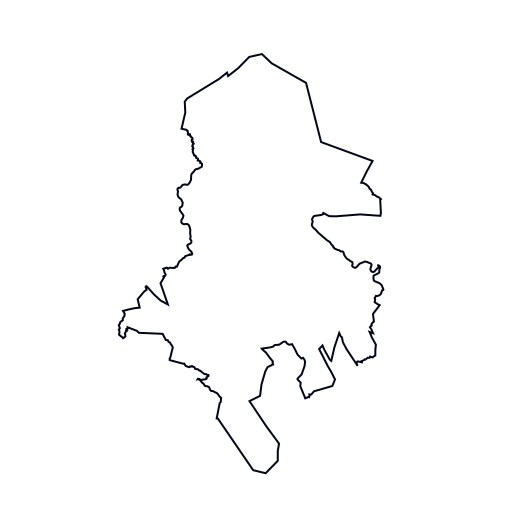 Copalillo, Guerrero, Mexico, rotated 131°
{"feature_id": "50627088B95140334910762", "entity_name": "Copalillo", "entity_type": "district", "adm_level": 2, "iso_a3": "MEX", "parent_name": "Mexico", "parent_adm1": "Guerrero", "projection": "natural_earth1", "projection_center": [-99.014, 17.982], "detail": "fine", "context": "isolated", "style": "outline", "palette": "ink", "viewbox_px": 512, "rotation_deg": 131, "n_neighbors": 0, "source": "geoboundaries", "source_scale": "gbopen_adm2", "svg_char_len": 6163}
<svg xmlns="http://www.w3.org/2000/svg" viewBox="0 0 512 512"><g transform="rotate(131 256 256)"><path d="M92.5,331.8L100.3,370.6L99.7,384.0L110.2,391.7L126.2,392.7L138.5,395.1L136.6,398.2L146.5,400.0L182.3,411.3L186.3,411.0L194.1,403.5L208.8,395.7L206.4,391.2L206.7,390.2L206.4,389.7L207.1,388.8L209.0,387.1L208.8,386.4L207.6,386.1L207.4,385.8L207.7,385.3L208.6,384.5L208.4,383.9L208.8,383.2L208.6,382.1L208.8,381.2L209.3,380.6L210.4,380.8L211.7,379.5L211.6,379.1L211.0,378.6L211.2,378.2L212.0,378.1L212.2,376.7L212.8,376.9L213.8,376.7L214.4,375.9L215.0,376.1L215.2,375.7L215.3,374.9L215.9,373.8L217.0,374.0L217.3,373.1L219.0,372.1L219.2,371.3L219.7,370.6L220.1,369.6L220.1,368.9L220.7,368.6L220.1,366.8L220.3,366.2L221.2,365.6L220.7,363.6L220.9,363.2L222.1,362.6L221.6,361.8L221.1,360.1L221.5,359.4L222.3,359.3L221.8,357.4L222.7,356.4L224.3,355.5L227.9,356.8L229.8,358.2L231.0,358.6L233.0,358.3L236.3,358.5L237.8,357.7L241.2,355.0L243.8,354.3L246.4,354.1L247.5,354.7L248.6,356.6L250.3,357.9L251.2,358.1L253.8,357.9L254.4,358.1L255.4,359.3L256.6,359.3L257.4,358.9L258.4,357.3L261.2,355.4L262.2,353.7L262.5,352.1L262.3,349.7L263.8,346.3L266.5,344.6L267.9,344.6L269.0,345.1L270.0,344.9L271.2,343.8L271.7,342.9L272.8,338.0L273.2,337.2L275.3,336.2L277.2,336.0L278.3,335.5L279.6,334.5L279.8,333.4L279.6,331.8L279.2,331.1L277.7,329.8L276.8,328.4L276.8,327.2L277.1,326.2L278.5,323.9L279.4,322.7L282.0,320.7L284.3,318.0L286.4,316.9L286.9,314.8L287.9,313.9L288.6,313.6L290.0,313.8L292.3,314.9L293.1,314.8L293.8,313.9L294.6,312.2L295.0,311.0L295.1,308.5L295.4,306.9L296.1,305.6L296.5,305.4L297.1,305.4L297.7,306.3L297.8,306.0L300.1,307.9L302.7,309.3L304.2,308.9L305.7,309.7L306.3,309.6L307.5,309.7L310.6,310.3L316.1,308.7L316.8,309.8L318.2,309.4L319.6,311.0L321.5,313.5L323.4,314.1L323.5,314.5L323.2,315.4L323.4,315.8L326.5,317.6L327.0,316.2L328.3,314.5L329.4,311.9L331.9,311.5L331.8,313.3L332.9,311.3L339.2,310.2L350.4,290.7L352.2,298.9L351.9,307.8L350.6,318.4L350.8,319.0L351.2,319.2L351.8,319.0L353.1,316.6L353.4,316.4L355.9,317.1L366.3,316.9L371.3,309.9L374.8,313.2L380.5,317.5L384.7,320.3L385.7,317.2L386.5,316.8L387.5,315.9L390.0,315.7L390.7,315.5L391.8,314.4L395.0,315.1L396.6,314.3L398.2,314.2L399.8,311.4L401.5,311.3L401.8,310.6L403.1,309.0L405.3,307.7L405.0,303.1L405.2,302.5L404.5,302.5L404.0,302.0L402.5,301.8L401.2,303.0L400.8,303.8L400.2,304.3L398.6,304.6L397.9,304.3L397.4,305.2L396.5,304.7L396.3,305.5L395.9,306.0L394.7,305.3L394.0,306.1L390.6,296.7L390.8,294.0L376.0,275.4L378.6,268.9L377.4,267.4L378.2,265.5L377.7,264.0L378.2,263.1L378.9,260.4L379.6,258.8L389.0,254.0L390.2,253.8L391.2,252.8L385.5,241.2L384.9,240.1L384.3,239.7L385.1,236.9L383.9,233.7L383.6,233.4L382.9,233.4L382.8,233.0L381.9,232.7L381.1,232.1L381.4,231.6L380.6,230.7L380.4,229.5L380.6,228.6L381.1,228.0L380.3,226.4L379.6,225.6L379.6,223.9L379.2,223.1L379.4,222.5L379.1,222.1L379.1,221.3L379.2,220.5L379.0,219.8L379.0,218.1L378.5,216.7L377.8,216.1L377.8,214.5L377.1,214.0L377.0,213.7L377.6,213.2L378.0,213.2L380.2,213.8L380.6,213.5L380.8,212.9L381.3,212.8L382.8,213.8L384.6,215.4L385.9,215.5L385.9,218.0L386.8,219.3L387.4,219.2L386.9,218.8L386.7,218.1L386.3,217.6L387.0,213.5L386.7,211.8L387.1,211.1L387.5,209.0L386.4,207.5L385.7,205.5L387.1,202.8L387.3,201.1L386.3,200.2L386.1,199.6L385.7,197.5L385.3,196.3L385.1,194.7L385.9,191.5L386.0,190.3L385.9,189.3L389.2,186.9L391.0,186.8L404.4,179.1L403.7,178.1L419.5,117.6L413.6,106.2L396.3,105.2L388.8,111.7L382.5,115.5L377.6,137.1L369.8,165.7L358.9,161.2L349.3,167.6L337.2,173.2L332.8,174.3L332.0,174.3L328.2,172.6L327.3,172.4L326.8,172.0L326.5,172.7L325.7,173.0L325.4,173.8L324.5,174.1L323.8,178.6L322.4,184.9L322.3,190.2L322.1,190.9L315.4,185.1L313.2,183.7L310.9,183.4L307.7,180.3L303.3,179.2L302.2,178.7L301.2,177.3L301.7,175.2L301.3,173.0L299.9,171.6L298.9,171.0L300.3,166.8L303.2,159.8L303.6,154.5L302.0,153.7L302.4,151.7L303.5,149.6L307.5,147.0L315.4,143.9L321.2,144.2L321.7,143.9L322.0,143.2L322.2,139.4L322.5,139.0L324.8,137.5L325.3,137.0L331.1,125.4L328.0,124.0L327.7,123.3L327.1,123.5L325.4,124.9L325.0,123.9L324.1,123.4L320.1,123.5L304.0,113.1L297.3,115.4L294.1,123.3L291.9,129.8L284.8,147.3L279.9,147.1L281.7,143.5L285.8,132.3L285.7,130.4L273.9,136.7L259.5,142.7L261.1,139.1L261.0,137.8L264.1,133.8L266.9,126.5L272.2,107.3L270.7,110.2L269.1,110.3L268.0,108.7L266.8,106.3L266.2,106.7L266.0,107.3L263.7,106.2L262.9,106.2L262.9,105.9L262.4,105.5L259.4,104.9L259.0,104.2L258.3,103.5L257.9,103.5L257.0,103.9L256.0,101.4L255.1,101.4L252.8,100.7L248.6,104.3L244.3,107.3L241.3,115.6L240.3,117.3L238.8,120.5L237.5,117.0L235.7,120.7L235.0,123.3L233.8,123.4L232.6,123.0L231.8,124.1L229.6,124.3L228.1,124.0L223.0,129.7L212.0,130.4L212.3,131.2L213.0,136.1L210.4,137.8L210.0,138.8L207.4,139.3L207.2,138.7L205.7,137.6L204.3,137.0L202.8,136.8L199.3,138.3L198.6,137.8L197.8,137.8L196.0,141.1L195.5,142.4L195.5,145.1L196.8,148.7L197.2,150.3L197.0,151.3L195.8,152.7L194.3,154.0L193.5,154.3L188.9,152.4L187.8,152.2L187.1,152.5L185.9,153.6L183.2,154.9L182.6,155.6L182.5,156.2L182.6,157.3L182.9,157.7L183.2,157.5L183.4,156.5L184.1,156.0L185.4,156.3L190.3,156.5L191.2,157.0L191.7,157.8L191.9,159.1L191.0,161.1L186.9,162.9L186.3,164.2L187.8,168.7L188.8,170.2L194.0,172.8L197.9,172.8L199.4,173.1L200.1,173.7L200.4,174.7L200.6,176.3L200.3,177.1L198.7,177.8L198.1,178.4L197.4,179.3L198.1,182.1L197.9,182.9L198.3,184.5L198.4,186.1L197.6,189.4L197.1,190.5L195.8,192.4L195.7,193.0L196.0,194.1L196.8,194.7L197.0,195.1L197.1,197.0L197.9,198.5L198.9,201.9L198.8,202.2L198.4,202.7L198.5,203.8L197.9,204.6L197.8,206.9L197.0,209.3L197.5,212.6L197.6,224.1L197.0,228.2L197.1,230.5L196.8,232.5L196.2,233.9L195.6,234.5L192.7,235.9L191.7,237.6L191.2,238.0L188.2,238.5L187.2,238.0L182.6,234.0L181.0,233.0L180.0,232.7L179.7,232.9L179.3,234.2L179.2,232.6L177.9,226.9L173.7,221.8L156.3,204.7L144.1,188.5L141.8,189.8L131.9,199.3L131.2,199.1L131.1,201.8L131.8,203.6L132.0,206.3L132.3,206.8L132.4,207.5L133.1,208.3L133.0,208.5L132.3,208.4L131.8,209.0L131.4,211.0L130.5,212.6L130.7,214.6L129.9,215.9L129.7,218.3L129.9,218.9L129.7,220.3L130.1,221.0L130.2,222.4L131.7,224.7L119.5,227.9L107.8,230.4L127.3,281.6L92.5,331.8Z" fill="none" stroke="#020617" stroke-width="2"/></g></svg>